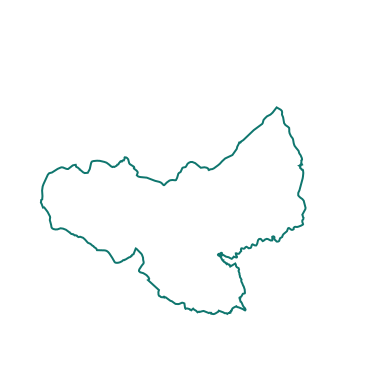 the district of Nikhom Kham Soi, Mukdahan, Thailand, rotated 132°
{"feature_id": "78962969B97747212455543", "entity_name": "Nikhom Kham Soi", "entity_type": "district", "adm_level": 2, "iso_a3": "THA", "parent_name": "Thailand", "parent_adm1": "Mukdahan", "projection": "albers", "projection_center": [104.552, 16.34], "detail": "fine", "context": "isolated", "style": "outline", "palette": "teal", "viewbox_px": 384, "rotation_deg": 132, "n_neighbors": 0, "source": "geoboundaries", "source_scale": "gbopen_adm2", "svg_char_len": 6024}
<svg xmlns="http://www.w3.org/2000/svg" viewBox="0 0 384 384"><g transform="rotate(132 192 192)"><path d="M304.0,256.1L303.8,255.8L304.0,255.2L303.9,253.6L303.3,252.7L303.1,252.0L302.8,251.8L302.8,250.2L302.0,249.5L301.5,248.2L301.7,247.7L301.6,246.8L301.3,246.0L300.1,245.2L298.9,242.3L298.9,239.7L299.4,235.5L298.5,232.7L298.5,230.0L298.2,229.2L298.4,227.7L298.1,225.7L298.2,225.0L298.8,223.7L293.7,217.7L292.9,216.1L292.7,214.0L293.0,212.1L294.3,207.2L295.8,202.7L295.8,201.9L295.4,201.0L294.2,199.7L292.6,198.6L290.3,197.7L288.6,197.5L288.0,196.8L287.5,196.8L286.9,196.3L282.8,195.1L281.9,194.5L280.6,194.2L280.2,194.4L279.8,194.1L278.6,194.4L277.4,193.8L271.6,196.0L271.4,195.4L271.8,188.3L272.2,187.0L273.6,184.4L275.1,182.9L276.5,180.9L277.6,180.2L280.1,180.1L284.7,179.4L285.8,178.9L286.3,178.3L286.3,176.7L284.9,173.9L284.3,170.8L284.2,169.2L284.4,168.8L284.5,167.0L285.0,166.5L285.2,165.7L286.1,165.4L286.9,165.7L287.0,150.9L288.8,150.1L290.7,148.2L291.0,147.5L291.2,146.7L290.8,145.9L290.9,145.1L290.7,144.5L289.8,143.3L288.5,142.8L288.4,142.5L288.9,141.8L287.9,141.1L287.3,135.2L286.7,134.0L286.2,129.4L284.6,127.3L283.7,126.6L280.9,125.3L280.3,124.3L279.9,123.1L282.8,119.6L283.1,118.6L282.0,118.0L281.4,117.0L280.7,115.5L280.8,114.6L280.4,114.3L280.4,113.4L277.9,113.1L278.0,111.9L277.5,109.3L277.7,107.4L276.2,106.7L276.1,106.1L273.7,104.6L272.6,103.7L270.7,98.5L270.1,98.3L269.0,96.9L269.6,96.3L268.5,94.5L267.8,93.9L266.5,93.3L263.4,92.4L262.3,92.7L260.4,87.9L260.3,86.8L259.0,85.2L259.0,84.2L257.4,83.9L256.7,83.0L256.0,82.7L255.5,83.4L254.5,83.0L254.0,83.6L253.3,83.3L251.7,84.0L250.3,83.8L247.2,82.6L247.3,81.5L246.5,80.1L245.0,75.9L244.6,73.6L244.4,73.3L243.7,73.4L243.0,74.6L242.8,76.6L242.4,78.1L241.2,80.6L240.8,82.0L241.0,82.4L240.7,82.7L240.6,83.4L239.5,84.5L239.5,85.2L238.7,86.0L238.2,85.8L238.1,85.4L237.6,85.7L236.7,85.4L233.6,86.1L232.1,85.0L231.6,85.1L229.2,87.6L227.5,90.6L227.4,91.3L226.2,93.6L225.7,95.0L225.0,96.1L224.0,96.6L223.0,99.6L222.3,100.2L221.5,101.6L220.7,102.3L219.7,104.3L219.2,104.8L218.3,105.0L217.4,106.4L217.9,108.4L217.5,109.8L216.6,110.9L216.2,112.0L221.8,113.7L221.4,114.6L221.4,114.9L221.1,114.9L221.3,115.5L221.1,116.0L221.7,117.1L221.7,118.1L222.3,118.1L222.2,118.5L222.4,119.3L222.1,119.7L222.2,120.8L222.5,121.4L222.3,122.6L221.7,123.0L222.0,123.5L222.3,123.6L222.2,124.0L221.9,125.1L221.5,125.5L221.4,126.8L220.9,127.6L221.5,130.0L221.4,130.6L221.2,130.8L220.2,130.8L219.4,130.0L217.8,129.7L217.4,129.3L217.4,128.8L217.8,128.5L219.9,128.7L220.3,128.1L220.4,127.5L219.9,127.3L218.9,127.5L217.9,126.9L217.3,123.5L215.9,121.0L215.8,120.1L215.1,117.8L214.5,117.6L212.1,117.7L211.6,116.3L210.8,115.0L210.3,115.0L209.9,115.4L209.5,116.8L208.7,118.0L208.3,118.4L207.9,118.1L207.3,116.5L206.1,115.7L204.9,116.0L203.0,115.9L202.1,117.1L201.0,117.6L200.5,117.3L199.7,115.8L198.9,115.2L197.2,115.3L196.2,114.8L195.8,112.1L194.3,111.0L193.5,111.1L191.5,112.0L190.9,112.1L190.3,111.9L189.7,109.7L188.9,108.6L188.3,108.6L186.7,109.0L183.8,110.6L182.2,110.7L181.3,110.1L180.9,109.5L181.2,106.6L180.4,106.2L178.4,105.9L176.8,105.1L176.2,104.1L175.4,101.1L174.3,100.0L173.9,100.1L171.6,102.4L171.2,102.3L170.4,101.7L170.3,101.1L170.4,100.5L171.7,99.5L172.1,98.4L172.0,97.6L172.2,96.0L171.7,95.3L170.9,94.7L170.0,94.5L167.5,95.6L165.1,94.9L163.5,95.6L162.1,95.8L157.6,95.2L154.8,96.3L153.9,95.9L153.6,93.0L153.3,92.4L152.7,91.9L151.6,91.6L150.7,92.4L149.5,92.4L148.8,92.0L147.7,90.5L146.5,89.7L144.1,88.5L142.2,87.8L141.6,87.9L140.4,90.0L139.6,90.8L138.9,91.1L138.0,91.0L136.5,91.9L136.3,92.9L135.6,93.7L135.1,94.8L128.9,96.3L127.8,97.0L123.7,103.2L123.4,105.3L123.7,107.9L123.6,110.0L123.4,110.8L122.2,111.9L121.4,112.5L118.8,113.3L107.8,118.9L106.1,120.0L103.4,122.0L101.5,124.1L101.4,124.8L102.0,125.4L101.6,126.7L101.8,127.5L101.5,128.0L100.6,128.5L100.7,129.8L99.9,129.3L99.4,129.7L98.9,129.7L98.8,128.9L98.0,128.5L97.3,130.3L96.4,130.8L95.4,131.9L94.4,131.8L93.4,132.9L92.0,135.9L91.5,138.1L90.1,140.4L89.5,144.4L89.0,146.8L87.8,148.9L85.3,152.1L84.8,153.1L84.3,155.8L83.1,158.7L81.9,160.3L80.6,161.4L79.4,162.7L79.3,164.0L79.7,167.4L79.2,169.6L75.5,174.3L74.3,176.9L72.4,178.4L71.6,179.6L71.5,181.1L72.5,185.7L79.1,185.2L82.0,185.5L85.6,186.9L88.8,187.1L90.7,187.0L93.4,185.6L94.4,185.4L104.7,187.5L119.1,188.6L122.5,189.5L122.7,189.1L123.4,189.3L123.8,190.0L125.1,189.4L128.0,188.7L130.0,187.6L137.5,186.7L144.9,189.8L149.1,190.2L152.4,190.2L154.6,190.5L159.9,191.6L161.5,192.3L162.7,193.4L164.4,194.1L164.4,194.7L163.8,195.5L164.1,197.3L165.3,199.3L168.1,201.7L168.4,208.9L169.5,211.9L170.6,213.1L172.1,213.8L173.9,214.2L176.6,213.6L177.8,213.5L179.8,215.0L180.7,215.2L184.6,213.9L185.3,214.0L186.4,214.4L187.5,214.4L191.5,212.5L193.9,211.9L194.5,212.3L196.2,214.6L197.7,215.9L198.6,216.4L201.9,217.1L205.3,217.2L205.7,217.4L205.9,217.8L205.7,220.9L206.2,222.8L208.4,226.9L211.6,235.2L215.4,240.3L216.2,241.7L216.5,242.6L216.5,244.2L213.9,245.3L213.4,246.1L213.2,247.5L213.4,250.9L213.1,251.3L212.4,251.4L212.1,252.1L212.9,256.9L212.6,258.0L210.4,261.3L210.2,263.1L210.5,264.3L211.3,265.2L211.7,265.1L212.1,264.5L214.1,263.8L214.7,264.5L216.0,264.5L216.0,265.0L216.9,265.6L217.4,265.3L217.8,265.6L219.2,265.6L220.8,265.2L221.6,265.8L222.9,265.6L225.4,266.5L225.9,267.5L226.6,267.7L226.8,268.1L227.1,269.5L227.1,272.1L227.4,275.1L228.3,277.3L230.5,281.3L232.3,283.5L234.9,285.9L236.2,286.7L236.9,286.7L238.1,286.3L243.4,283.3L247.5,282.3L249.7,284.4L250.2,286.0L250.3,289.6L250.5,290.4L250.2,290.6L250.3,293.5L250.7,294.5L250.7,295.1L249.6,296.6L250.4,297.3L252.0,298.4L257.7,299.4L258.4,300.1L259.0,301.2L260.1,304.3L260.9,305.4L261.6,305.9L264.7,307.3L271.2,309.1L273.6,310.7L275.6,310.7L285.3,307.7L287.8,306.7L291.2,304.4L295.1,300.4L297.7,298.4L299.0,298.7L299.6,298.1L301.0,297.2L301.3,296.1L303.3,292.3L302.4,291.7L302.5,290.6L303.4,286.0L305.2,281.2L305.8,280.4L308.0,278.9L310.7,274.7L312.0,273.1L312.4,272.4L312.5,271.3L312.2,270.1L311.2,268.4L309.8,267.0L306.9,265.4L305.5,263.3L304.4,260.4L304.0,256.1Z" fill="none" stroke="#0f766e" stroke-width="2"/></g></svg>